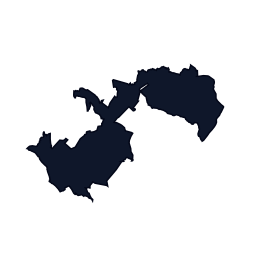 Donato Guerra, México, Mexico, rotated 131°
{"feature_id": "50627088B84805364121856", "entity_name": "Donato Guerra", "entity_type": "district", "adm_level": 2, "iso_a3": "MEX", "parent_name": "Mexico", "parent_adm1": "México", "projection": "albers", "projection_center": [-100.178, 19.319], "detail": "fine", "context": "isolated", "style": "filled", "palette": "ink", "viewbox_px": 256, "rotation_deg": 131, "n_neighbors": 0, "source": "geoboundaries", "source_scale": "gbopen_adm2", "svg_char_len": 5870}
<svg xmlns="http://www.w3.org/2000/svg" viewBox="0 0 256 256"><g transform="rotate(131 128 128)"><path d="M220.6,137.4L218.4,136.3L218.1,135.8L215.8,135.2L214.6,136.4L210.3,134.6L211.2,130.3L212.8,126.1L212.8,124.3L212.3,124.0L212.0,124.6L211.4,124.7L211.4,123.7L211.8,123.4L211.6,121.4L209.7,119.9L208.7,119.5L208.5,116.6L207.5,116.6L206.3,113.8L206.1,112.5L206.4,112.2L206.4,111.3L205.8,110.0L205.5,108.8L206.2,107.0L205.1,107.7L205.0,109.9L204.0,112.4L202.8,114.6L203.2,115.5L202.8,116.8L201.5,119.1L201.1,120.8L200.3,119.7L198.8,119.0L198.6,117.9L198.2,117.4L196.6,118.8L195.7,119.0L193.3,119.0L191.8,119.3L191.3,116.7L185.3,106.4L185.2,105.2L181.9,109.4L167.3,109.6L158.0,110.7L158.1,111.3L156.2,109.6L156.2,110.2L155.8,110.0L154.8,110.2L153.8,109.6L151.9,109.9L150.8,109.5L150.2,106.9L149.3,105.5L149.6,105.3L149.1,104.5L149.2,104.2L150.5,103.7L149.9,103.2L149.4,103.1L148.8,103.3L148.4,104.2L145.3,106.6L143.9,110.3L141.7,112.5L138.6,117.4L136.4,118.9L132.5,120.3L128.9,121.0L129.1,122.3L131.8,128.0L131.0,129.7L130.1,130.8L130.1,134.5L130.4,136.3L131.5,140.3L132.4,141.1L132.9,142.3L127.6,142.7L125.9,142.1L111.3,141.3L111.6,135.3L111.0,134.8L109.5,134.5L109.0,135.0L109.6,137.3L100.9,137.8L101.1,138.2L101.0,138.7L92.2,143.0L91.6,144.5L91.2,144.8L90.6,144.8L90.3,145.2L81.6,142.7L82.1,140.8L91.7,142.9L91.9,141.2L92.4,141.5L92.3,140.9L92.7,139.7L92.6,139.2L92.7,137.2L92.7,136.7L92.5,136.8L92.6,134.8L96.0,130.3L96.6,128.3L97.3,127.9L96.3,125.1L96.8,124.3L97.2,122.7L96.1,122.0L95.8,122.1L95.7,121.7L95.4,121.6L95.5,121.1L94.1,119.2L93.8,118.5L93.8,118.0L93.5,116.7L92.9,116.4L91.3,112.8L90.7,109.7L90.5,109.3L90.9,108.6L90.9,107.5L89.0,103.9L89.1,102.6L88.7,101.8L88.0,101.1L86.3,100.4L84.9,97.4L85.0,95.9L84.4,95.2L83.5,93.2L83.0,92.5L82.8,91.5L83.6,90.0L83.5,89.2L83.6,88.5L83.8,88.0L83.5,87.1L83.7,85.8L82.9,84.4L83.2,82.7L83.1,82.3L82.7,81.7L82.2,81.3L80.2,81.4L78.7,79.0L80.2,75.8L81.5,74.5L81.9,73.4L86.5,71.3L87.5,70.1L87.8,69.3L87.5,69.1L87.4,68.2L89.0,65.1L88.9,64.1L89.3,63.4L87.7,62.9L81.7,63.2L78.4,63.6L74.2,63.5L70.4,63.7L67.6,64.2L65.6,65.0L63.7,66.9L62.4,67.3L58.4,67.3L56.3,68.0L55.0,68.1L49.6,69.6L49.3,69.8L49.1,71.2L49.3,72.5L49.0,76.9L48.7,79.3L48.2,79.9L48.3,80.7L44.6,84.0L42.8,89.0L42.5,89.0L42.2,89.6L40.7,90.0L40.2,90.7L40.3,91.1L40.0,91.4L38.1,92.1L36.7,93.0L35.4,94.8L36.0,101.0L36.3,101.8L39.0,105.4L42.4,108.3L43.7,109.8L43.0,109.7L39.3,113.2L39.9,113.5L39.8,114.2L40.0,114.3L39.5,114.7L38.9,116.8L39.4,121.9L39.9,121.4L40.5,121.4L42.4,120.5L43.9,120.1L44.7,120.8L44.8,121.4L45.2,121.6L45.0,121.9L45.5,122.7L45.8,123.9L46.8,124.6L48.4,124.7L48.8,124.4L50.1,124.2L51.9,124.5L52.2,124.3L53.2,124.1L54.0,123.6L54.2,124.0L54.3,125.4L55.4,127.1L56.4,129.7L56.7,129.7L57.1,130.2L57.9,132.9L58.3,132.8L58.8,133.5L57.6,135.2L57.0,135.3L56.3,136.9L56.5,136.9L57.0,137.6L57.3,137.2L57.5,137.6L57.9,137.8L57.6,138.2L57.6,138.8L57.7,139.0L58.1,138.8L58.0,139.4L58.3,139.6L58.1,140.1L58.6,141.1L58.4,141.4L58.9,141.6L59.1,142.0L60.1,142.7L61.8,142.6L62.3,143.1L63.1,143.2L63.7,144.7L64.1,144.6L64.7,145.0L65.7,144.5L65.7,144.9L66.5,145.5L66.3,146.3L67.1,147.2L67.1,147.6L66.9,147.9L67.0,148.3L67.3,148.5L67.8,148.2L68.3,148.7L68.6,148.7L68.9,149.5L69.7,149.7L70.1,150.3L71.1,150.8L72.0,150.6L72.4,150.2L73.4,150.5L74.1,151.4L74.0,152.3L74.6,153.8L74.2,154.6L74.9,155.4L75.7,155.2L76.5,155.4L77.5,156.1L77.9,156.9L78.2,157.0L78.2,158.2L78.6,157.4L78.6,156.8L79.0,156.8L79.2,156.1L79.9,155.8L80.0,155.1L80.8,155.0L81.6,155.3L85.6,153.0L85.7,152.5L87.7,151.8L89.8,152.7L90.7,151.6L90.8,151.7L91.4,152.4L92.1,152.8L92.3,153.1L92.2,153.5L92.9,153.4L93.2,153.6L93.3,154.0L93.1,154.5L93.5,154.8L92.7,155.7L93.6,155.8L94.7,155.5L95.0,155.7L94.9,157.2L101.2,170.7L102.2,170.8L106.6,165.6L105.5,164.8L105.0,163.4L105.5,162.3L106.3,161.9L106.7,160.4L106.6,159.9L108.6,158.9L111.5,156.6L113.1,157.5L112.8,158.8L120.9,157.9L125.6,156.2L126.2,164.2L123.3,165.0L124.8,166.0L126.8,165.3L127.7,165.8L125.9,168.4L124.9,172.0L125.1,173.9L124.8,174.4L125.7,183.6L126.6,184.3L127.0,184.3L127.7,188.3L128.6,189.4L129.5,190.1L132.4,189.0L133.2,190.8L133.8,190.6L134.2,192.0L134.8,191.8L135.5,193.1L138.8,190.5L139.7,189.4L140.1,187.1L139.6,187.8L138.9,188.0L138.0,188.1L137.1,187.9L136.8,187.3L136.8,186.5L136.0,185.7L134.7,182.8L133.8,181.6L133.3,180.4L133.4,178.8L136.1,176.4L138.8,172.9L141.8,169.8L141.2,169.4L141.0,169.7L139.5,170.0L139.1,169.7L137.6,170.5L137.1,170.5L135.5,171.0L134.8,172.4L134.4,172.9L134.4,173.2L133.2,173.0L134.4,167.1L135.2,166.8L136.6,165.6L136.7,164.6L137.4,163.6L137.6,163.0L137.7,162.3L137.3,161.4L136.6,158.8L136.6,158.2L137.2,155.8L138.1,155.0L138.4,154.4L137.6,154.2L137.9,153.3L137.1,151.9L138.9,151.5L141.3,150.5L141.7,150.8L143.6,149.2L146.4,151.6L150.1,149.9L152.3,150.8L153.4,151.4L155.0,152.7L155.8,153.9L155.2,154.8L157.8,156.6L158.4,156.6L159.7,155.5L160.5,155.7L161.3,156.3L162.5,156.0L167.4,156.9L177.0,155.2L180.4,156.8L181.2,157.3L181.1,165.7L176.5,165.7L176.7,168.0L178.6,168.1L179.5,168.5L180.3,169.1L181.9,171.5L193.2,171.7L193.4,172.1L193.2,173.7L192.6,173.5L191.7,174.1L191.5,174.7L190.6,176.1L187.3,179.6L183.2,183.1L184.6,184.0L187.2,184.4L186.6,185.3L187.0,185.8L187.4,186.0L187.6,186.9L187.1,187.2L186.7,188.0L186.1,188.5L186.2,188.9L187.0,188.8L188.8,187.6L189.6,186.0L190.5,185.8L191.4,186.8L192.2,187.3L192.6,187.1L193.5,187.2L194.2,187.1L194.6,186.0L195.9,186.2L196.8,185.6L197.1,185.2L199.6,185.4L200.0,184.9L201.1,184.7L201.5,184.8L201.6,185.1L202.1,185.1L204.1,188.4L206.0,190.1L206.8,190.4L208.9,190.7L209.7,190.7L209.4,190.3L209.7,188.2L208.9,187.1L208.6,185.5L208.1,184.1L207.5,181.6L208.5,177.1L208.0,176.3L209.4,174.2L210.2,171.0L210.5,166.9L210.5,163.9L211.8,162.2L212.4,161.9L212.9,160.9L213.6,160.1L216.1,155.6L218.1,152.9L218.9,153.0L219.0,152.2L220.0,152.2L219.7,150.3L219.8,149.3L219.3,147.9L219.2,144.7L219.7,140.7L220.6,137.4Z" fill="#0f172a" stroke="#020617" stroke-width="1.5"/></g></svg>